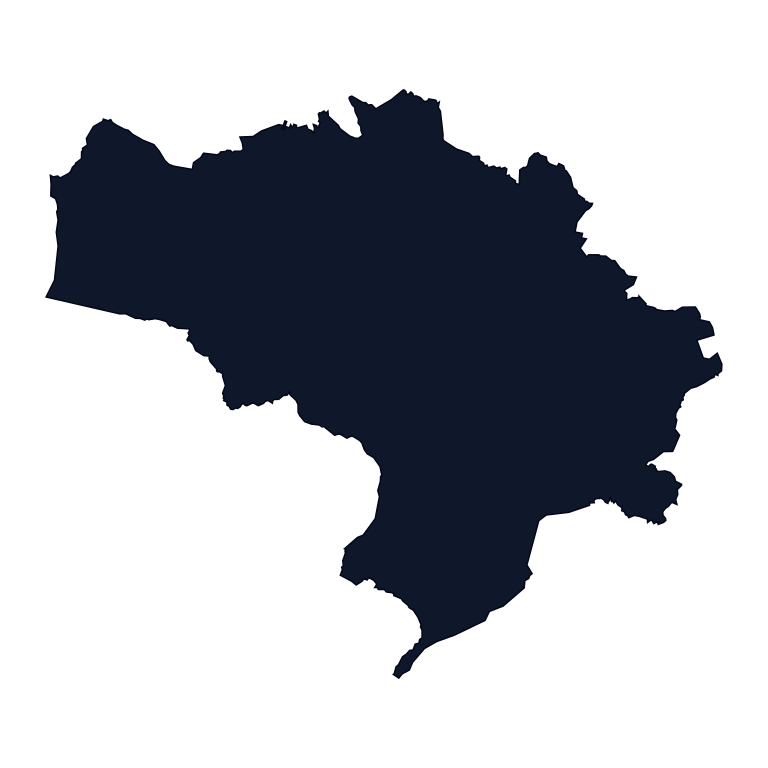 Ixtacamaxtitlán, Puebla, Mexico (Albers equal-area conic projection)
{"feature_id": "50627088B57019790335861", "entity_name": "Ixtacamaxtitlán", "entity_type": "district", "adm_level": 2, "iso_a3": "MEX", "parent_name": "Mexico", "parent_adm1": "Puebla", "projection": "albers", "projection_center": [-97.837, 19.598], "detail": "fine", "context": "isolated", "style": "filled", "palette": "ink", "viewbox_px": 768, "rotation_deg": 0, "n_neighbors": 0, "source": "geoboundaries", "source_scale": "gbopen_adm2", "svg_char_len": 6089}
<svg xmlns="http://www.w3.org/2000/svg" viewBox="0 0 768 768"><path d="M110.7,119.6L108.1,120.7L103.3,119.1L102.7,121.3L93.5,126.5L86.4,138.5L87.4,145.0L82.5,148.3L82.9,150.0L81.6,151.8L81.4,158.8L75.6,163.2L75.5,164.4L72.5,167.2L70.7,171.4L68.8,173.4L60.1,178.0L57.7,176.0L53.1,176.9L50.4,175.3L51.1,184.5L50.8,196.0L55.6,198.7L57.4,204.2L57.9,209.2L56.7,211.8L58.1,220.2L56.3,232.2L58.1,246.0L54.5,280.1L46.1,297.0L119.8,313.9L125.4,313.7L135.5,318.3L140.1,318.4L144.7,320.1L147.3,318.9L148.7,319.7L155.1,318.7L158.8,319.3L166.2,321.5L169.8,326.1L171.7,325.5L177.5,328.2L189.4,328.9L189.4,331.0L188.1,333.0L189.3,335.5L187.0,339.6L187.6,340.9L189.6,340.6L193.0,344.2L195.8,350.6L203.9,355.7L209.3,356.0L209.1,358.6L210.3,361.8L216.7,369.1L216.6,370.9L217.4,371.8L219.5,371.7L223.1,374.2L222.5,375.9L225.4,385.6L222.6,393.2L223.6,395.4L223.4,398.6L224.5,399.1L223.7,400.6L227.0,402.1L226.9,405.0L229.4,406.7L230.6,409.2L232.9,409.6L235.7,408.0L237.5,408.4L239.7,407.3L242.7,403.2L245.5,405.5L247.0,405.7L252.1,403.2L254.3,403.4L258.2,405.7L263.5,403.4L265.5,401.1L268.2,400.6L272.4,403.2L272.7,400.8L274.0,399.5L278.8,399.3L283.2,395.6L287.3,395.0L289.2,392.0L290.0,394.7L296.0,400.3L298.0,404.4L298.1,412.2L299.8,415.7L304.6,421.6L311.4,424.1L319.3,425.0L322.1,426.9L323.9,426.6L334.7,435.3L338.1,434.1L340.6,434.4L346.9,438.2L350.7,436.3L353.1,436.4L359.6,440.5L361.9,443.0L364.2,449.4L367.2,453.8L373.7,457.6L380.0,466.6L381.7,474.9L380.6,476.6L380.4,481.3L377.8,490.5L379.4,496.7L375.2,518.7L363.1,535.2L357.5,537.4L344.4,548.8L346.7,550.1L345.0,550.9L345.4,553.1L342.8,560.7L343.3,565.8L341.6,567.3L342.4,569.5L340.3,575.2L351.4,581.1L356.2,585.0L362.0,581.3L363.7,579.0L367.3,579.9L368.4,577.8L370.7,578.6L373.8,580.4L376.8,584.1L374.7,587.5L377.1,587.5L378.4,589.5L384.3,589.5L386.4,592.0L392.4,592.8L393.8,594.1L393.8,595.6L401.3,598.7L403.1,601.3L408.0,605.3L409.1,607.6L413.4,610.3L418.1,617.5L421.1,624.8L420.5,627.0L422.0,630.0L422.1,637.8L419.6,639.5L418.9,643.2L415.2,644.1L413.0,650.0L409.6,650.4L406.4,654.1L402.6,656.7L398.5,664.7L396.1,666.8L394.2,673.7L393.3,674.4L398.8,678.1L402.3,673.8L409.4,670.0L412.6,662.3L424.5,648.5L436.6,641.6L454.5,635.1L485.1,620.4L489.3,611.5L503.1,606.1L524.2,587.9L524.9,580.5L528.6,578.6L529.8,575.4L532.1,573.7L526.9,565.0L538.8,520.7L546.3,515.0L568.9,512.3L589.5,505.3L589.7,503.0L594.3,502.7L593.8,500.9L594.5,499.6L596.9,498.5L599.6,498.5L599.7,497.4L603.6,499.6L605.4,502.3L607.9,503.4L608.4,501.3L609.7,500.7L610.3,497.6L611.4,499.1L611.7,501.6L613.3,501.5L613.9,503.0L615.6,500.9L617.9,504.9L621.9,507.6L621.8,510.8L624.3,511.7L625.6,514.8L627.7,515.7L628.8,517.7L634.4,515.4L639.2,516.3L647.4,519.1L647.6,522.5L650.6,520.2L651.8,520.3L653.9,523.6L656.4,522.2L658.4,522.4L657.6,523.1L658.3,524.4L663.6,522.4L665.9,520.3L665.4,518.1L663.2,515.7L662.7,513.1L663.1,511.2L665.8,508.0L668.3,506.5L671.7,502.3L676.9,504.5L675.7,499.4L677.8,494.4L677.3,489.6L681.5,485.4L681.6,484.3L675.5,481.2L674.4,476.9L670.2,472.5L665.1,470.9L658.9,471.5L656.2,470.5L656.4,469.0L655.0,468.0L655.3,466.3L652.0,464.3L650.7,464.3L648.3,466.6L645.7,464.8L648.1,461.3L653.4,459.5L663.5,451.6L672.7,451.4L679.6,435.2L674.8,429.0L676.8,420.0L675.5,417.6L675.9,413.2L678.5,408.3L680.8,406.8L679.8,404.8L680.8,402.8L680.4,401.5L683.2,399.9L682.9,396.8L684.3,395.2L684.3,393.5L690.6,388.3L696.4,386.7L704.3,382.7L710.9,378.3L711.1,376.4L711.5,378.3L714.0,377.2L714.9,374.3L717.9,375.4L717.9,373.7L721.5,370.9L721.9,364.3L717.3,353.2L709.5,359.3L703.3,358.0L696.9,340.2L714.0,335.0L712.5,327.6L709.4,321.9L699.5,319.7L700.3,316.9L699.6,313.6L695.4,307.0L682.3,307.2L675.0,311.5L672.4,310.4L664.4,311.0L655.7,309.4L655.7,308.4L653.6,307.4L646.7,305.9L645.6,304.6L646.1,303.9L639.0,296.1L639.0,297.1L637.0,297.8L632.3,297.6L630.1,299.1L626.5,299.8L626.8,293.5L624.6,291.3L624.8,289.8L633.4,284.6L636.5,277.0L628.1,276.1L625.5,273.9L623.8,270.5L620.4,268.5L614.7,260.6L611.4,260.5L605.9,256.1L599.4,256.0L598.7,255.5L600.1,255.3L598.5,254.8L588.6,254.8L586.8,256.9L580.2,248.2L586.4,238.9L581.5,237.9L582.5,233.4L575.1,232.0L577.0,222.0L585.7,210.5L588.6,209.0L591.6,205.9L592.5,203.4L589.3,203.3L586.9,201.5L584.4,201.0L584.4,199.1L577.3,194.2L576.8,190.8L573.0,187.5L570.6,177.4L566.4,171.0L564.9,170.2L563.6,165.9L558.9,163.5L557.1,166.6L551.9,164.7L549.3,163.6L546.9,160.9L546.3,157.1L540.2,155.1L538.1,152.8L534.4,153.6L529.5,158.3L527.6,165.8L525.3,167.7L523.5,167.4L519.8,169.9L519.2,184.4L515.6,183.5L515.4,180.8L510.0,177.2L509.1,175.0L507.2,175.7L505.7,175.2L506.8,169.0L504.9,167.5L500.8,168.7L499.8,167.1L496.7,168.0L493.8,166.1L488.1,167.7L487.1,165.2L484.2,165.7L483.6,163.2L479.3,160.4L479.6,157.3L478.8,156.2L472.5,156.6L469.1,153.4L456.6,149.1L444.0,140.9L442.9,138.9L443.0,134.5L440.4,111.1L438.3,107.6L439.2,102.2L437.6,103.6L435.8,100.2L428.9,98.9L427.6,100.8L425.1,101.5L423.5,100.9L420.3,97.5L416.3,95.9L413.4,96.1L413.0,94.1L411.3,92.2L410.6,92.0L408.1,94.8L406.0,93.1L406.1,91.9L404.5,90.1L403.2,89.9L391.2,99.8L375.8,108.8L371.7,104.7L368.2,105.0L365.7,102.6L362.7,102.5L351.8,96.1L349.4,97.1L349.1,98.5L350.5,101.8L352.3,105.1L354.6,107.3L355.2,111.8L358.5,118.8L358.1,123.1L360.8,126.5L361.0,130.8L362.0,133.6L362.9,134.1L362.4,135.4L358.4,138.3L355.4,138.2L349.7,136.0L340.2,128.8L338.3,125.3L328.4,116.2L327.9,111.1L326.1,113.1L324.0,111.0L320.5,113.1L319.5,112.8L319.4,114.4L318.8,113.5L318.3,114.0L319.5,119.2L318.6,121.5L320.3,122.5L318.1,127.6L316.4,126.5L316.8,125.7L313.3,124.4L314.5,128.3L313.7,133.1L311.6,130.6L308.0,129.3L306.4,125.3L297.9,127.8L296.3,127.1L296.5,125.3L293.8,124.3L292.5,127.9L290.6,124.6L289.3,127.9L285.9,126.6L283.8,130.0L286.7,121.6L284.9,120.9L281.5,130.3L282.7,125.4L278.7,124.6L261.6,130.9L253.1,136.5L239.9,137.0L242.2,142.8L243.3,149.5L240.8,151.2L234.3,151.2L232.7,152.7L230.4,150.5L226.9,150.3L226.0,151.4L220.4,152.0L219.6,153.6L217.2,154.8L203.5,153.2L200.8,157.5L193.5,162.7L192.3,169.4L174.3,166.3L169.1,164.5L164.9,160.5L159.1,151.0L153.9,144.6L143.1,140.3L132.4,134.2L128.3,130.3L124.5,129.3L117.4,125.7L112.4,122.5L110.7,119.6Z" fill="#0f172a" stroke="#020617" stroke-width="1.5"/></svg>